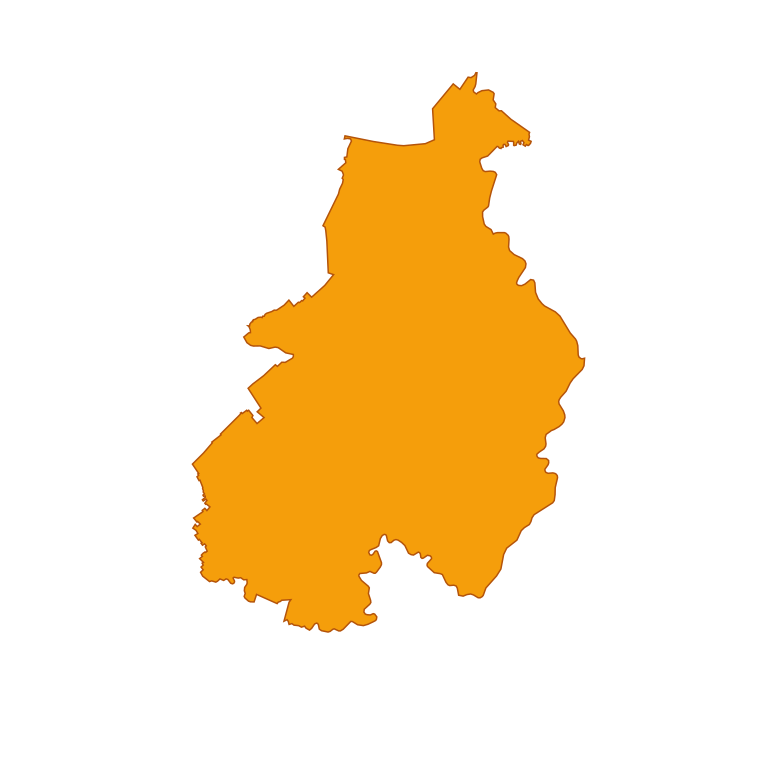 My Xuyen, Sóc Trăng, Vietnam, rotated 329°
{"feature_id": "81297802B12004492777163", "entity_name": "My Xuyen", "entity_type": "district", "adm_level": 2, "iso_a3": "VNM", "parent_name": "Vietnam", "parent_adm1": "Sóc Trăng", "projection": "albers", "projection_center": [105.88, 9.468], "detail": "fine", "context": "isolated", "style": "filled", "palette": "amber", "viewbox_px": 768, "rotation_deg": 329, "n_neighbors": 0, "source": "geoboundaries", "source_scale": "gbopen_adm2", "svg_char_len": 6171}
<svg xmlns="http://www.w3.org/2000/svg" viewBox="0 0 768 768"><g transform="rotate(329 384 384)"><path d="M288.0,271.5L287.8,278.0L289.6,282.2L291.6,284.2L297.5,287.6L303.6,294.3L309.7,296.3L312.0,298.3L315.8,306.7L321.5,312.0L320.4,313.8L318.9,314.7L310.5,314.6L307.6,312.7L301.7,314.0L300.8,311.5L285.1,314.9L271.5,316.4L265.3,317.7L266.1,341.3L261.0,342.5L263.9,351.0L254.8,352.5L253.5,344.7L255.4,343.5L254.5,336.8L252.9,336.9L252.8,335.8L247.4,336.3L247.1,335.0L246.0,335.0L245.9,335.7L243.9,336.3L218.0,342.7L218.1,343.7L206.5,345.1L206.5,346.0L193.8,350.2L178.5,354.0L179.1,365.3L178.1,365.2L178.0,366.8L175.9,367.2L175.7,371.5L176.7,371.7L175.4,379.3L174.6,380.3L174.2,382.6L173.4,383.4L173.5,385.8L171.6,386.0L171.5,387.2L173.0,388.0L172.4,389.1L168.7,389.7L168.8,391.2L172.1,391.0L172.3,392.6L169.0,393.9L169.2,395.3L170.0,395.6L171.5,399.7L167.0,401.3L166.4,398.3L163.1,398.7L163.1,400.1L162.5,400.2L151.8,400.8L152.6,406.0L153.4,405.9L154.4,409.5L150.4,410.0L149.9,407.1L145.9,409.1L147.5,412.6L147.5,416.3L144.0,416.3L144.5,422.2L145.7,422.1L146.2,426.3L145.2,426.3L145.4,428.7L147.9,428.6L148.3,431.2L146.9,431.6L146.4,436.2L144.4,436.5L144.1,435.8L141.7,435.9L139.3,436.6L139.5,438.2L136.0,438.7L137.4,443.9L135.8,443.9L135.8,446.1L132.9,446.7L133.3,450.1L129.8,450.9L129.6,455.3L132.7,463.5L134.9,464.0L137.8,467.2L139.7,467.3L143.0,466.6L145.4,469.8L148.3,469.7L149.5,471.2L150.0,475.8L151.1,477.2L152.5,477.5L153.9,476.7L154.4,475.9L154.6,473.0L155.0,472.4L155.9,472.4L159.1,475.3L161.4,476.2L162.9,479.6L165.7,481.0L164.3,484.0L163.1,485.1L159.8,486.6L157.8,489.3L157.2,492.0L154.7,494.1L154.6,495.9L156.0,500.3L157.3,501.9L160.4,503.9L166.4,498.7L179.3,517.2L181.0,516.5L183.1,517.0L185.0,516.7L193.1,520.9L190.2,522.2L176.1,535.8L179.5,536.1L179.7,538.2L178.8,541.2L181.7,542.0L182.6,544.3L186.4,547.2L188.0,549.9L191.2,550.7L191.4,553.1L193.4,556.6L196.1,556.2L200.9,554.0L203.0,554.2L203.7,555.0L203.8,556.4L202.3,560.8L203.4,563.3L208.3,567.8L210.4,568.3L213.9,567.9L215.2,568.2L218.0,572.3L219.5,573.2L222.7,573.2L233.3,570.4L234.6,571.4L237.4,576.8L241.9,580.5L246.5,581.7L252.6,582.3L255.1,582.4L256.3,581.8L257.9,579.9L257.5,576.4L256.5,575.3L253.3,574.9L251.0,573.3L249.5,571.7L249.3,569.1L251.1,566.9L258.5,565.4L260.2,564.5L261.1,562.5L262.7,555.6L266.4,551.2L266.4,549.3L263.5,540.7L263.5,535.9L264.0,534.8L265.7,534.0L271.6,536.9L275.4,537.4L278.0,541.1L279.1,541.7L280.7,541.4L286.5,539.0L288.8,537.5L289.8,535.9L292.1,524.3L291.6,523.2L290.4,522.7L286.8,524.3L284.9,524.3L283.9,523.1L284.1,520.6L285.2,519.5L286.7,519.1L293.1,520.1L296.1,519.9L301.3,514.6L304.4,513.0L306.7,513.0L307.8,514.0L308.0,515.0L306.3,520.3L306.8,522.7L308.4,523.6L312.1,523.0L314.1,523.5L315.7,525.1L317.5,528.9L318.7,533.2L317.9,541.6L319.3,544.2L321.2,545.8L326.9,545.8L327.6,546.9L327.7,548.2L326.3,551.6L326.8,553.1L328.2,553.5L333.0,553.2L335.2,555.2L335.4,556.9L334.8,558.2L328.8,560.1L327.6,561.4L327.3,562.9L329.9,571.6L334.6,575.6L335.9,577.4L335.0,585.9L335.4,589.0L336.5,590.6L340.2,592.4L341.8,594.3L341.7,596.7L339.2,603.5L342.6,606.6L346.6,607.2L350.1,608.6L352.0,610.8L354.6,615.7L356.4,616.8L358.8,616.8L360.3,616.2L366.3,611.3L381.6,606.5L388.9,602.8L398.7,591.8L404.6,587.9L417.5,586.3L426.1,580.4L430.4,579.4L436.2,579.3L439.1,577.6L442.0,574.9L445.4,573.3L467.4,572.7L469.9,571.6L473.6,567.0L477.4,561.0L484.5,553.7L485.3,551.9L485.2,550.1L484.5,548.7L483.0,547.2L478.6,545.0L477.2,543.1L477.4,541.0L478.1,539.9L483.1,537.7L484.6,536.4L485.7,534.3L484.7,531.5L479.8,528.4L478.2,526.8L477.9,525.0L478.4,523.4L479.0,522.9L482.0,522.3L487.7,522.0L490.5,520.6L492.0,518.8L494.5,513.1L497.0,510.7L503.5,510.1L506.4,510.6L512.2,510.7L515.8,510.1L518.5,509.0L521.8,506.0L523.0,503.6L523.9,499.4L523.8,491.3L524.7,489.0L526.2,487.6L528.6,486.4L536.3,484.0L544.1,479.0L548.8,476.9L561.4,473.6L564.8,471.4L569.2,465.2L566.8,464.5L565.8,463.5L565.0,461.1L565.5,459.0L569.9,450.9L571.2,446.5L571.3,444.1L569.9,436.1L569.8,416.4L568.0,410.4L561.8,399.8L560.8,396.5L560.0,390.5L561.1,383.5L565.4,375.0L565.7,372.0L563.5,370.0L556.4,371.0L552.6,370.6L550.0,368.7L549.3,366.8L549.7,365.6L551.4,364.1L554.4,362.1L565.2,357.0L567.6,354.1L568.2,351.1L567.3,347.9L562.2,340.1L560.4,334.3L561.3,330.8L565.8,324.2L566.9,321.8L567.0,320.4L566.1,317.4L565.2,316.3L559.2,312.7L557.0,311.9L554.9,311.8L555.3,306.8L552.5,301.4L552.3,298.5L554.7,291.4L557.1,287.3L559.2,286.4L564.1,285.8L565.3,285.2L570.4,279.0L575.4,274.0L588.4,262.6L588.4,259.9L587.2,258.1L584.6,256.2L580.1,254.0L578.9,252.2L578.9,249.5L580.5,242.8L582.2,240.9L584.6,240.7L590.3,242.0L603.3,238.6L604.0,239.2L604.4,241.2L605.6,242.4L606.3,241.9L608.1,242.4L609.1,240.6L610.0,240.3L611.1,240.9L611.0,243.4L613.3,243.6L614.0,243.1L614.3,240.4L615.4,239.7L619.8,242.7L619.6,243.7L618.1,246.1L618.3,246.7L620.3,247.3L622.0,245.8L624.2,245.2L623.6,248.0L624.5,249.0L625.3,248.4L625.8,246.3L628.1,246.6L628.3,249.2L626.4,250.5L627.6,252.9L629.4,252.1L630.3,253.8L631.2,253.9L633.5,253.2L635.1,251.8L633.5,249.4L636.0,247.0L637.0,244.5L638.4,243.3L629.1,222.4L625.4,210.3L623.3,209.1L621.7,204.4L624.1,201.5L623.9,196.7L627.9,191.9L627.8,190.2L625.1,185.8L619.0,183.0L614.7,182.6L612.6,183.0L611.3,179.8L611.9,177.9L615.2,176.0L617.2,174.1L624.0,165.1L623.1,164.5L620.6,166.1L616.4,166.2L614.1,164.3L600.8,170.5L597.9,162.4L567.4,173.1L553.0,200.6L543.2,199.3L523.6,189.9L518.5,186.3L499.8,170.7L478.4,151.2L476.2,153.5L479.1,154.6L481.6,156.7L481.2,159.0L474.2,163.7L469.1,170.2L466.8,169.4L465.8,171.1L466.5,171.7L465.2,174.7L455.4,176.5L457.7,180.0L457.2,183.2L456.7,184.2L454.1,186.1L454.4,187.7L451.8,190.6L446.3,194.2L442.8,197.7L413.2,216.9L414.3,219.2L413.1,222.5L408.6,232.1L393.5,260.0L397.1,264.3L384.0,269.0L366.7,272.3L365.1,266.1L359.8,267.7L360.5,269.7L357.1,270.9L356.4,270.1L353.6,270.7L352.7,269.8L346.7,271.0L345.7,263.1L339.0,265.0L329.9,265.4L327.8,264.1L325.2,264.1L319.7,262.9L317.9,263.1L316.2,264.2L314.9,263.4L313.8,264.3L312.9,263.3L310.3,262.1L306.9,262.2L305.1,261.6L304.5,262.3L303.9,262.1L303.4,262.9L302.3,262.6L299.8,263.6L298.7,265.0L297.4,264.1L297.8,265.4L297.3,268.6L296.0,271.2L294.4,270.5L288.0,271.5Z" fill="#f59e0b" stroke="#b45309" stroke-width="1.5"/></g></svg>